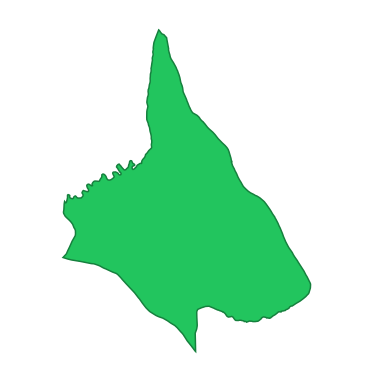 Rovieng, Preah Vihéar, Cambodia, rotated 275°
{"feature_id": "14789045B51869022105306", "entity_name": "Rovieng", "entity_type": "district", "adm_level": 2, "iso_a3": "KHM", "parent_name": "Cambodia", "parent_adm1": "Preah Vihéar", "projection": "orthographic", "projection_center": [105.174, 13.345], "detail": "fine", "context": "isolated", "style": "filled", "palette": "green", "viewbox_px": 384, "rotation_deg": 275, "n_neighbors": 0, "source": "geoboundaries", "source_scale": "gbopen_adm2", "svg_char_len": 5936}
<svg xmlns="http://www.w3.org/2000/svg" viewBox="0 0 384 384"><g transform="rotate(275 192 192)"><path d="M150.7,289.6L151.7,289.1L155.6,287.0L158.3,285.8L163.9,282.9L165.8,281.7L168.3,280.4L172.1,278.0L173.6,276.9L174.2,276.7L177.3,274.1L179.5,272.6L181.7,270.9L186.7,266.7L187.1,266.2L188.1,265.4L189.0,264.4L191.9,260.4L192.3,259.7L193.7,256.9L194.0,255.6L195.0,253.6L196.3,250.3L197.7,247.9L199.7,245.3L201.4,243.3L202.5,242.2L203.0,242.0L203.6,241.5L205.9,240.0L207.6,238.7L208.0,238.4L210.9,236.5L214.2,234.8L217.4,232.7L218.4,232.3L221.6,230.2L225.4,228.6L225.6,229.1L227.6,228.2L228.9,227.9L235.5,225.3L237.5,224.3L239.3,222.9L241.2,220.9L243.6,217.8L247.5,213.3L251.0,210.1L253.4,207.5L256.2,203.7L257.8,201.8L261.5,198.4L262.3,197.4L262.7,197.2L263.4,196.1L265.1,194.1L266.8,192.8L267.3,192.3L268.8,190.4L270.8,186.0L271.7,185.1L273.4,183.8L275.6,182.6L276.8,181.8L280.9,179.8L281.9,179.2L283.6,178.5L285.5,177.5L290.5,174.7L291.2,174.4L294.9,173.6L296.9,172.9L300.1,171.3L304.9,169.9L307.9,168.7L310.3,167.5L311.2,167.2L312.6,166.3L314.8,165.2L319.6,162.0L320.4,161.3L323.0,159.4L324.6,158.6L326.9,157.9L329.1,157.0L331.6,156.2L332.7,156.2L342.0,153.6L343.4,153.3L343.7,153.1L343.8,152.8L344.1,152.5L344.7,152.1L345.1,151.4L345.4,151.2L346.2,150.4L346.4,150.0L346.5,149.3L346.9,148.3L348.2,146.9L349.6,145.8L350.4,145.0L350.6,144.7L342.7,142.4L337.8,141.1L336.8,141.0L332.6,140.8L331.5,140.9L331.4,141.1L330.2,141.0L328.8,140.8L327.8,140.8L326.0,141.3L324.8,141.3L322.6,140.8L321.3,140.8L320.0,141.1L316.5,140.8L312.8,140.6L311.6,140.4L310.0,140.7L307.9,140.7L305.9,140.3L303.8,140.4L301.5,140.4L299.1,140.7L297.6,140.7L295.3,140.2L291.8,140.0L290.1,139.5L288.3,139.5L285.7,140.0L283.8,139.8L282.5,139.4L278.5,139.2L277.0,139.3L273.5,140.6L271.5,140.4L269.9,140.1L268.1,140.0L262.3,140.4L260.1,140.7L258.6,141.4L256.9,142.3L254.8,142.9L253.1,143.8L252.3,144.1L249.0,144.9L245.7,146.1L243.8,146.6L241.4,146.8L239.9,147.4L237.8,147.6L236.1,147.4L235.3,147.4L234.3,147.7L232.7,147.9L232.0,147.6L229.8,145.6L229.1,145.1L227.1,144.0L225.3,142.5L223.9,142.3L222.9,142.0L222.0,141.5L220.1,140.1L218.9,139.5L218.2,139.3L216.5,139.3L216.1,139.2L216.2,138.6L215.9,137.8L214.0,135.2L211.7,134.0L211.3,133.5L210.5,132.9L209.6,131.9L209.3,131.3L209.9,130.5L210.7,130.2L211.4,130.2L212.2,130.4L212.6,130.9L213.5,132.5L214.4,132.4L214.8,131.9L215.1,131.1L215.6,130.4L217.8,129.1L217.9,128.3L217.7,127.7L216.8,127.2L215.1,127.1L213.4,126.6L211.6,126.4L211.0,126.2L210.4,125.7L209.4,124.7L208.7,124.3L208.4,123.9L208.1,123.1L208.2,122.4L209.8,120.6L211.1,119.3L211.8,118.8L212.2,118.1L212.9,117.6L213.4,117.1L213.2,116.2L212.5,115.5L211.5,114.8L210.4,114.6L209.1,115.8L207.0,117.3L206.4,117.9L205.8,118.1L205.5,118.5L205.5,118.9L204.4,119.7L203.8,119.7L203.1,119.6L202.6,118.5L202.9,117.9L203.3,117.4L204.1,116.8L204.9,115.4L205.3,114.1L205.1,112.6L204.9,111.8L204.5,111.5L203.8,111.4L203.0,111.7L200.4,113.2L200.0,113.1L198.6,111.9L197.2,110.2L196.7,109.1L196.6,107.7L196.9,107.0L198.0,105.9L199.6,105.2L201.0,104.2L201.9,102.9L202.1,102.4L202.1,101.6L201.3,100.7L199.4,100.8L198.8,100.7L196.4,99.3L195.7,99.2L194.8,98.8L194.5,98.1L194.5,94.8L194.3,93.9L194.0,93.4L193.1,92.6L192.2,92.1L191.5,91.8L190.8,91.8L190.1,92.3L189.7,92.3L189.5,92.0L189.4,91.6L189.9,90.2L190.4,89.6L190.8,88.5L190.7,87.8L190.4,87.3L189.6,86.6L188.5,86.8L186.9,87.5L186.0,88.3L185.4,88.6L184.2,88.9L183.7,88.7L183.3,88.4L183.2,87.2L183.4,86.5L183.8,84.4L184.0,83.6L183.2,83.0L181.8,82.5L181.0,82.8L180.0,83.7L179.3,83.8L178.5,83.7L177.3,82.9L176.5,82.3L176.1,80.1L176.0,79.3L176.1,78.6L176.4,77.9L176.9,77.4L177.7,76.6L177.9,76.0L177.6,75.6L177.0,74.9L176.3,74.5L175.8,74.5L175.3,74.2L175.1,74.0L174.9,73.4L175.2,71.8L175.5,71.1L175.8,70.8L176.4,70.6L177.9,70.5L178.2,70.2L178.6,68.8L178.1,68.3L177.2,68.3L175.9,68.5L173.2,68.2L170.9,67.8L170.4,67.5L170.2,67.1L171.5,65.9L168.9,65.7L163.2,65.9L160.8,65.7L159.5,66.0L156.8,67.8L155.6,69.2L153.0,72.5L151.6,74.0L150.3,75.2L149.3,76.0L146.1,77.6L145.1,78.4L144.0,79.0L142.9,79.3L140.0,79.6L138.3,79.5L132.6,76.9L126.5,74.8L122.6,73.3L119.5,72.3L115.5,69.2L114.4,74.1L113.8,78.0L113.1,87.1L111.9,97.9L111.9,100.6L111.5,102.3L110.8,105.1L110.2,106.9L109.0,109.5L108.3,111.3L107.9,112.8L105.3,119.9L104.3,123.5L103.6,124.8L103.0,125.6L100.9,128.0L99.4,129.6L98.8,130.1L94.3,135.0L86.6,143.6L81.9,147.9L80.9,149.0L76.8,152.4L74.3,154.7L72.6,156.3L70.2,159.1L69.2,160.4L68.3,162.1L65.9,166.8L65.2,168.7L64.7,170.3L63.8,174.0L61.6,178.8L59.6,182.2L57.5,186.5L55.6,189.0L51.7,193.0L51.0,193.9L49.3,195.6L43.2,200.3L38.5,204.8L33.9,208.9L33.4,209.5L44.5,208.3L50.7,207.6L51.1,207.5L52.1,207.6L55.9,208.6L58.3,208.8L59.8,208.8L67.9,207.7L72.5,207.2L73.3,207.2L73.7,207.3L75.2,207.8L75.5,208.0L75.9,208.5L77.8,212.1L77.9,212.5L79.2,215.5L79.7,219.0L79.2,220.4L78.1,224.1L77.6,225.1L77.1,226.9L76.7,227.5L76.8,228.3L76.2,229.8L76.1,230.8L75.7,231.6L75.6,232.5L75.0,233.3L75.2,233.8L74.4,234.7L74.0,235.4L73.2,236.1L71.8,237.2L71.2,237.8L70.8,238.6L70.6,239.3L71.0,240.9L71.5,242.5L71.3,243.0L70.9,243.7L70.4,244.2L68.6,245.7L67.9,246.7L68.0,249.3L68.4,250.4L68.5,252.1L68.3,252.6L68.2,253.9L68.2,254.5L67.9,255.0L67.5,255.3L67.7,256.6L67.5,257.3L67.1,257.7L68.5,260.7L68.4,261.9L68.5,262.6L68.2,264.1L68.4,266.3L68.7,267.1L68.7,267.7L69.1,269.1L70.1,270.3L72.0,272.2L72.4,272.2L73.0,272.7L73.5,273.6L73.8,274.1L73.7,275.3L73.6,275.9L73.6,276.4L73.0,277.4L73.3,278.3L73.1,278.5L73.0,280.4L73.4,280.7L73.4,281.3L74.2,281.9L74.8,282.7L75.5,283.3L77.1,285.6L79.1,287.7L80.2,288.7L80.3,291.2L80.9,291.3L81.3,292.4L81.5,293.4L81.9,294.4L82.1,295.2L82.8,295.7L83.8,297.6L84.8,298.8L85.8,299.2L86.5,299.9L87.0,300.7L87.2,301.8L90.1,305.4L92.7,309.1L95.5,312.2L97.8,314.5L99.4,315.7L100.8,316.9L101.8,317.3L106.6,318.3L110.0,318.2L111.2,317.9L117.6,314.0L119.3,312.7L123.0,310.4L131.5,303.8L132.8,302.9L136.5,299.8L138.4,298.4L140.5,297.1L144.9,293.4L146.2,292.5L150.7,289.6Z" fill="#22c55e" stroke="#15803d" stroke-width="1.5"/></g></svg>